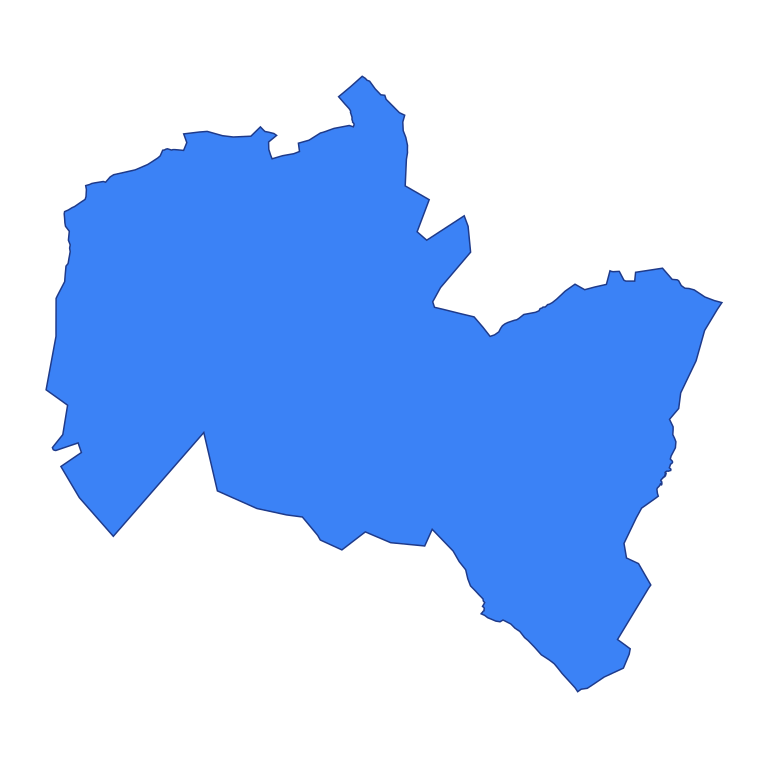 the district of Fika, Yobe, Nigeria
{"feature_id": "59680162B28106531466158", "entity_name": "Fika", "entity_type": "district", "adm_level": 2, "iso_a3": "NGA", "parent_name": "Nigeria", "parent_adm1": "Yobe", "projection": "albers", "projection_center": [11.32, 11.337], "detail": "fine", "context": "isolated", "style": "filled", "palette": "blue", "viewbox_px": 768, "rotation_deg": 0, "n_neighbors": 0, "source": "geoboundaries", "source_scale": "gbopen_adm2", "svg_char_len": 4163}
<svg xmlns="http://www.w3.org/2000/svg" viewBox="0 0 768 768"><path d="M362.2,76.3L350.7,86.6L338.6,96.7L344.8,103.9L349.1,108.6L350.6,111.0L350.5,112.5L352.0,117.1L352.0,119.8L352.6,121.0L352.6,122.2L353.8,123.4L354.1,124.8L353.3,126.8L349.2,125.5L340.3,127.2L334.0,128.4L328.4,130.4L326.0,131.3L323.0,132.3L320.4,133.0L317.9,134.6L309.0,140.2L298.4,143.2L299.5,151.5L293.8,153.7L282.6,155.7L272.1,158.8L270.6,155.1L268.8,149.4L268.6,142.0L276.6,135.4L273.9,133.5L268.7,132.2L265.0,131.5L263.6,130.2L260.4,126.9L250.9,136.2L233.3,137.0L222.5,135.7L207.2,131.4L199.5,132.0L183.7,133.9L186.8,142.6L183.6,150.4L178.2,149.9L174.8,149.6L172.9,149.6L172.1,149.9L171.4,150.0L167.5,148.8L166.5,149.0L165.8,149.2L164.4,150.0L162.7,150.2L160.2,155.9L157.6,158.1L147.7,164.5L135.1,169.9L113.7,174.7L110.2,176.9L105.6,182.2L103.3,181.5L94.6,182.9L91.7,183.5L89.6,184.5L85.7,185.6L86.4,189.6L86.0,196.6L85.1,199.4L81.0,202.1L78.4,203.9L74.5,206.6L72.2,207.6L68.3,210.0L64.6,211.6L64.2,213.8L64.5,217.0L64.6,218.3L64.9,222.8L65.5,226.3L69.3,231.3L68.4,240.2L70.2,244.9L69.6,248.1L70.2,251.6L69.3,256.7L69.0,258.1L68.1,263.5L67.3,264.5L66.0,266.1L65.3,273.6L64.9,278.7L64.7,281.6L60.6,289.5L59.0,292.6L57.4,295.7L56.1,298.4L56.0,329.1L56.0,336.3L46.1,389.8L67.6,405.2L66.3,413.1L62.8,434.6L52.4,447.6L53.2,449.6L54.2,450.2L55.8,450.5L78.1,442.9L81.4,452.5L60.9,466.5L79.3,497.6L98.8,519.8L113.3,536.3L203.8,432.5L217.4,490.9L256.9,508.5L286.5,514.9L302.4,517.0L317.7,535.4L320.3,540.0L341.9,549.9L365.3,531.9L390.7,542.7L423.1,545.8L424.7,546.0L432.2,529.3L453.1,551.0L459.2,561.6L465.7,569.8L467.8,578.8L470.5,585.9L475.3,590.8L478.7,594.5L483.0,598.9L483.3,601.0L484.2,602.0L484.7,602.6L484.4,603.2L482.5,606.4L483.9,607.5L484.1,608.2L484.3,608.7L484.0,609.7L484.1,610.7L483.6,610.9L482.9,611.5L482.4,612.4L481.4,613.3L481.1,613.8L484.7,615.4L487.7,617.7L492.3,619.6L495.8,621.1L499.6,621.7L500.0,621.8L503.0,620.0L508.5,622.8L510.7,623.9L515.1,628.3L519.8,631.4L524.6,637.6L528.0,640.4L534.3,646.9L541.3,654.8L549.2,659.9L554.2,663.7L557.7,667.9L562.1,673.5L575.0,687.7L577.7,691.7L581.2,689.2L587.3,688.3L596.5,682.2L604.2,677.0L623.4,668.1L629.2,654.2L630.2,648.8L617.5,639.5L648.8,587.8L650.8,585.0L638.5,563.6L626.5,558.0L624.0,543.4L636.3,517.8L641.4,508.5L641.5,508.2L656.7,497.4L656.9,497.2L658.3,496.2L657.4,493.3L656.9,489.3L657.3,488.1L659.4,485.9L660.3,484.5L660.5,483.7L660.8,483.6L661.2,483.8L661.2,484.6L661.2,484.8L661.4,484.9L661.7,484.7L661.8,484.2L661.9,483.6L661.8,482.0L661.5,481.3L661.1,481.1L660.8,480.7L660.8,480.3L661.0,480.0L661.6,479.2L662.5,478.5L662.8,478.2L662.9,477.7L663.2,477.4L663.8,477.3L664.0,477.1L664.0,476.8L664.1,476.6L664.4,476.5L664.7,476.6L664.9,476.5L665.1,475.8L665.5,475.7L665.6,475.4L665.5,475.1L665.0,475.2L664.9,475.2L665.1,474.6L665.9,474.3L666.0,474.0L665.8,473.6L666.1,473.2L665.9,472.9L665.2,473.0L665.0,472.9L665.1,472.4L665.6,471.8L666.9,471.1L668.6,471.2L669.7,470.7L670.7,470.5L670.9,469.2L669.3,467.8L670.0,465.9L670.5,464.3L672.0,463.2L672.6,462.1L672.2,461.0L670.3,459.1L671.1,456.0L675.4,447.8L675.9,441.8L674.6,438.4L672.8,434.6L673.1,429.9L673.1,426.8L669.5,419.3L678.7,408.5L680.7,392.9L696.1,360.8L704.6,330.5L717.5,309.1L721.9,302.6L714.4,300.6L704.9,297.0L694.2,289.9L689.0,288.5L684.9,288.2L681.3,285.6L678.6,280.7L677.1,279.8L672.2,279.4L662.5,268.2L635.6,272.3L634.7,281.1L625.8,281.1L623.9,280.2L619.3,271.4L618.6,271.4L613.3,271.7L611.7,271.5L610.0,270.8L606.4,284.4L594.8,287.0L584.7,289.7L575.0,284.2L565.2,291.1L556.6,299.2L552.3,302.6L549.4,304.2L547.6,304.6L546.4,305.9L545.2,307.0L543.0,307.1L542.0,308.0L540.1,308.6L539.0,310.8L535.5,312.3L523.8,314.5L518.9,318.4L516.7,319.8L514.3,320.3L507.8,322.5L504.9,323.9L502.4,325.8L500.6,328.4L498.8,331.9L494.5,334.9L490.1,336.4L483.0,327.3L474.1,316.9L460.7,313.7L443.4,309.4L434.5,307.3L432.7,301.8L440.5,287.6L470.6,252.2L468.1,226.3L464.2,215.8L426.7,240.2L417.1,231.8L429.2,199.7L405.2,185.9L406.4,159.3L407.5,152.7L407.4,150.0L407.5,145.4L405.8,137.4L403.2,130.7L402.8,122.0L404.7,115.2L399.4,112.7L386.1,99.3L384.8,95.3L380.8,94.8L375.2,88.9L369.6,81.2L367.0,80.2L365.4,78.4L362.2,76.3Z" fill="#3b82f6" stroke="#1e3a8a" stroke-width="1.5"/></svg>